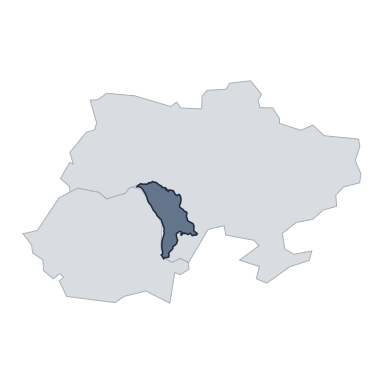 Moldova shown with its bordering countries
{"feature_id": "MDA", "entity_name": "Moldova", "entity_type": "country or territory", "adm_level": 0, "iso_a3": "MDA", "parent_name": "Europe", "parent_adm1": "", "projection": "orthographic", "projection_center": [28.535, 46.964], "detail": "fine", "context": "with_neighbors", "style": "filled", "palette": "slate", "viewbox_px": 384, "rotation_deg": 0, "n_neighbors": 2, "source": "natural_earth", "source_scale": "50m", "svg_char_len": 3327}
<svg xmlns="http://www.w3.org/2000/svg" viewBox="0 0 384 384"><path d="M284.7,248.9L293.9,254.3L311.8,251.0L309.2,260.4L290.0,266.6L266.7,283.2L256.3,278.7L259.5,266.5L239.5,260.2L259.0,245.7L253.5,240.2L225.8,235.1L224.2,225.7L208.1,229.4L188.5,262.7L180.4,258.4L172.0,262.5L164.0,257.8L168.5,255.1L176.4,238.2L175.1,233.6L195.5,233.7L187.2,221.0L184.6,210.4L178.3,206.3L179.4,197.6L171.7,190.8L152.3,181.8L129.7,187.6L125.2,193.4L106.5,199.0L98.9,192.4L77.7,188.2L70.0,193.1L69.3,186.2L60.5,178.6L69.8,162.4L73.3,164.1L69.9,152.4L86.3,132.3L94.6,129.9L96.7,122.9L90.2,100.2L97.8,99.7L106.8,93.3L134.8,95.8L170.7,106.6L176.6,102.1L180.8,108.0L201.5,108.9L202.2,96.1L206.9,90.4L226.1,89.2L229.8,83.2L250.5,80.8L261.6,94.5L258.1,99.9L260.0,107.7L272.7,107.9L279.4,118.4L279.5,123.4L300.9,130.3L312.7,125.0L324.2,135.7L358.6,139.1L359.9,146.4L355.2,160.6L361.0,174.0L359.6,182.8L343.6,186.9L335.8,195.0L336.6,206.3L323.2,210.0L312.6,219.4L296.5,222.4L282.4,233.2L284.7,248.9Z" fill="#d9dde1" stroke="#a8b0b8" stroke-width="1"/><path d="M164.0,257.8L172.0,262.5L180.4,258.4L188.5,262.7L189.0,269.2L180.3,274.8L174.8,272.4L169.8,303.2L145.8,291.0L124.1,296.4L114.8,302.6L66.8,296.5L59.2,281.0L63.7,277.1L59.5,273.6L53.4,278.8L43.5,270.5L43.0,260.0L32.7,253.0L31.5,244.7L23.0,233.8L37.5,230.4L59.2,197.6L77.7,188.2L98.9,192.4L106.5,199.0L125.2,193.4L129.7,187.6L136.9,187.8L142.0,190.4L162.3,224.1L160.9,246.2L164.0,257.8Z" fill="#d9dde1" stroke="#a8b0b8" stroke-width="1"/><path d="M136.9,186.8L137.3,185.9L140.8,183.6L141.7,184.1L143.5,184.2L147.3,184.2L149.1,182.6L150.2,183.1L151.2,182.4L152.7,181.5L152.9,181.7L153.1,181.9L155.5,182.3L157.3,183.2L158.5,184.5L159.7,185.3L161.0,185.6L161.7,186.3L161.8,187.2L163.0,187.7L165.2,187.7L166.2,188.4L165.8,189.7L166.1,190.1L166.9,189.7L167.5,190.1L167.8,191.0L168.2,191.5L169.3,190.0L170.5,190.1L173.4,190.8L175.0,193.9L176.0,195.0L176.9,195.5L177.9,195.0L178.9,194.4L179.5,194.7L180.7,196.8L181.0,199.5L181.0,200.6L180.6,202.5L180.0,204.5L179.5,205.7L179.7,206.8L180.1,207.6L180.8,207.9L183.2,209.7L184.0,210.9L185.3,211.7L186.2,211.8L186.7,212.3L186.9,212.9L186.8,214.5L186.3,215.9L186.4,216.9L187.2,218.0L187.3,219.3L187.4,220.1L187.9,220.7L190.0,222.1L192.8,223.5L193.5,224.6L194.0,226.1L193.9,228.6L193.7,230.8L197.4,233.7L197.0,234.3L196.5,234.9L193.0,235.4L192.3,235.7L190.7,233.5L190.0,233.2L189.2,234.0L188.4,234.5L187.3,234.3L186.2,233.6L185.6,233.1L185.1,233.1L184.4,233.6L183.5,233.4L182.9,232.8L182.0,234.7L181.5,235.1L181.1,235.1L181.1,231.9L180.8,231.4L180.1,231.3L178.4,232.1L176.8,233.1L176.3,234.0L176.3,235.5L176.6,237.4L177.7,240.3L177.1,241.5L176.7,243.5L174.9,245.3L173.0,246.4L172.8,248.5L171.7,250.0L169.9,251.5L168.6,253.3L168.9,254.5L169.0,255.7L168.8,256.5L168.7,257.1L168.2,257.3L165.4,257.6L164.6,257.9L163.6,258.8L162.7,257.2L161.8,255.7L161.2,255.0L161.5,254.6L162.2,254.2L162.7,253.8L162.6,252.1L162.3,250.1L161.9,249.2L161.9,247.7L161.7,245.5L162.0,241.2L163.5,235.9L164.3,233.3L163.9,231.8L164.2,228.4L163.6,226.8L162.7,224.6L161.3,219.8L159.6,218.2L157.6,216.3L156.7,215.0L156.1,213.4L154.9,211.9L153.5,210.5L151.8,207.1L151.0,205.5L150.7,205.1L148.8,202.8L147.8,200.8L147.3,199.2L147.1,197.7L145.8,194.6L144.6,192.4L143.5,190.7L143.0,189.6L141.6,188.1L139.7,187.0L138.5,186.7L136.9,186.8Z" fill="#64748b" stroke="#1e293b" stroke-width="1.5"/></svg>